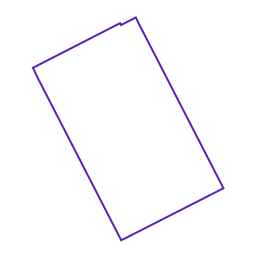 Scotts Bluff, Nebraska, United States of America, rotated 243°
{"feature_id": "52423323B66361254084012", "entity_name": "Scotts Bluff", "entity_type": "district", "adm_level": 2, "iso_a3": "USA", "parent_name": "United States of America", "parent_adm1": "Nebraska", "projection": "mercator", "projection_center": [-103.789, 41.851], "detail": "fine", "context": "isolated", "style": "outline", "palette": "violet", "viewbox_px": 256, "rotation_deg": 243, "n_neighbors": 0, "source": "geoboundaries", "source_scale": "gbopen_adm2", "svg_char_len": 352}
<svg xmlns="http://www.w3.org/2000/svg" viewBox="0 0 256 256"><g transform="rotate(243 128 128)"><path d="M224.8,70.6L214.1,70.3L31.1,71.0L31.1,72.2L31.0,73.6L31.0,80.8L31.0,81.9L31.0,103.8L31.0,107.2L31.0,115.0L31.0,172.3L31.0,185.7L217.6,185.0L222.9,185.2L222.9,168.5L225.0,168.5L224.8,70.6Z" fill="none" stroke="#5b21b6" stroke-width="2"/></g></svg>